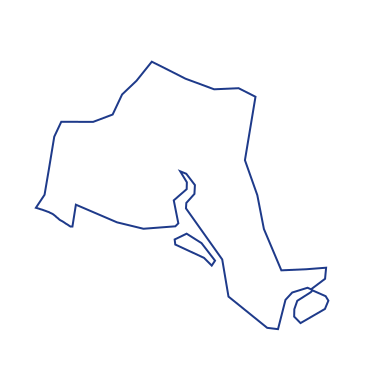 Ryongchon, P'yŏngan-bukto, North Korea (Equal Earth projection), rotated 279°
{"feature_id": "82179303B54196732560859", "entity_name": "Ryongchon", "entity_type": "district", "adm_level": 2, "iso_a3": "PRK", "parent_name": "North Korea", "parent_adm1": "P'yŏngan-bukto", "projection": "equal_earth", "projection_center": [124.373, 39.948], "detail": "fine", "context": "isolated", "style": "outline", "palette": "blue", "viewbox_px": 384, "rotation_deg": 279, "n_neighbors": 0, "source": "geoboundaries", "source_scale": "gbopen_adm2", "svg_char_len": 1240}
<svg xmlns="http://www.w3.org/2000/svg" viewBox="0 0 384 384"><g transform="rotate(279 192 192)"><path d="M240.9,51.9L225.1,47.3L193.0,47.1L166.2,46.8L152.0,40.3L151.8,41.8L151.6,43.3L151.3,45.0L151.1,46.8L150.7,48.8L150.4,50.5L150.0,52.3L149.8,53.7L149.3,55.0L148.9,56.5L148.5,57.8L147.9,59.0L147.3,60.0L146.8,61.0L146.0,62.0L145.3,63.4L144.4,64.7L143.7,65.9L143.2,67.3L142.8,68.5L142.2,69.9L141.7,71.0L141.0,72.4L140.6,73.5L140.0,74.9L139.4,76.1L138.9,77.3L139.2,79.3L149.2,79.3L161.3,79.3L150.3,122.7L148.1,149.8L155.5,180.9L158.9,183.4L180.9,175.3L194.0,186.3L200.8,185.4L210.6,177.1L209.1,183.5L199.3,193.8L190.5,194.7L180.3,188.1L174.9,188.6L130.1,232.4L94.4,244.4L69.6,287.5L70.0,298.4L100.1,301.2L108.4,306.7L115.5,321.1L114.5,324.8L127.1,337.0L138.2,336.3L133.5,316.6L128.6,292.5L166.7,268.8L199.1,257.0L231.7,239.3L269.2,239.6L296.0,239.8L301.8,221.8L296.9,197.8L302.9,167.8L308.7,149.9L314.4,131.9L293.2,119.8L277.4,107.7L256.1,101.5L245.8,83.4L240.9,51.9ZM110.0,340.3L113.7,326.4L111.6,325.0L101.0,313.0L92.2,311.4L84.9,312.4L79.5,319.7L97.3,341.6L106.0,343.7L110.0,340.3ZM143.0,209.4L150.0,193.2L142.4,182.3L137.5,183.7L128.8,214.2L122.4,223.0L127.8,225.5L143.0,209.4Z" fill="none" stroke="#1e3a8a" stroke-width="2"/></g></svg>